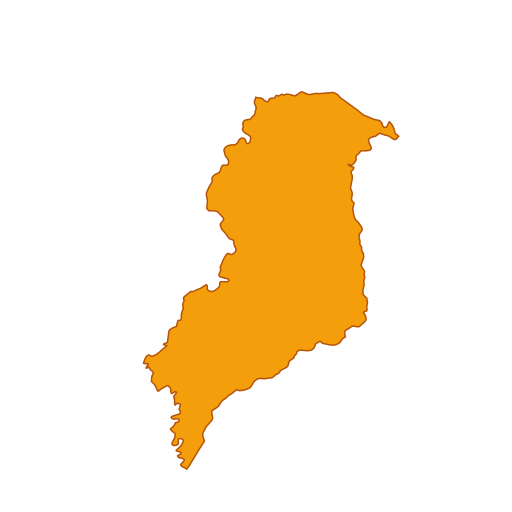 outline of Bu Dop, Bình Phước, Vietnam, rotated 142°
{"feature_id": "81297802B5857215594058", "entity_name": "Bu Dop", "entity_type": "district", "adm_level": 2, "iso_a3": "VNM", "parent_name": "Vietnam", "parent_adm1": "Bình Phước", "projection": "albers", "projection_center": [106.839, 11.984], "detail": "fine", "context": "isolated", "style": "filled", "palette": "amber", "viewbox_px": 512, "rotation_deg": 142, "n_neighbors": 0, "source": "geoboundaries", "source_scale": "gbopen_adm2", "svg_char_len": 6131}
<svg xmlns="http://www.w3.org/2000/svg" viewBox="0 0 512 512"><g transform="rotate(142 256 256)"><path d="M158.3,381.2L161.8,379.0L163.3,377.1L164.0,374.1L165.0,372.1L167.3,370.6L169.1,368.9L170.6,368.1L172.6,368.1L174.6,367.5L176.2,367.4L177.7,368.0L179.8,369.3L182.1,369.9L183.8,369.4L185.1,368.1L186.4,365.6L188.7,364.3L189.2,362.4L189.1,360.1L187.5,356.2L186.9,354.0L187.5,352.2L190.2,349.8L192.2,349.3L193.2,349.5L193.9,350.4L193.6,351.9L192.7,354.4L193.0,355.9L194.0,357.2L195.0,357.9L196.9,358.1L198.5,357.8L199.8,356.8L201.5,356.4L203.4,356.5L204.8,357.0L206.5,358.4L208.6,359.6L210.3,360.2L212.3,360.5L214.0,360.3L215.5,359.6L216.4,358.7L218.5,353.6L218.6,349.3L219.2,347.6L220.4,346.2L221.5,345.5L222.6,345.4L223.3,345.7L225.1,347.2L226.4,348.0L227.1,348.0L228.9,347.1L232.3,344.9L233.5,344.5L238.1,345.4L240.4,345.4L242.2,344.8L243.3,343.9L244.4,341.9L245.5,341.2L251.0,339.1L256.5,336.0L257.4,334.9L259.8,330.2L261.2,328.3L265.2,324.1L265.5,323.2L265.4,321.1L265.0,320.3L263.2,319.1L261.3,317.5L259.7,315.5L258.9,314.0L258.3,306.3L258.5,305.2L259.6,304.4L264.3,303.2L265.1,302.4L266.5,298.5L266.1,291.9L266.4,287.1L266.2,285.9L264.4,282.9L264.2,282.2L264.6,281.1L265.6,279.8L266.8,277.1L267.1,274.8L267.7,273.5L268.8,272.5L270.4,271.8L273.3,271.9L274.4,272.3L276.6,275.4L277.6,275.5L279.1,275.2L283.3,273.6L291.1,269.2L292.5,266.5L296.5,264.3L297.3,263.0L297.0,261.6L292.1,255.0L292.2,253.5L292.8,253.1L294.5,253.4L299.2,257.1L299.9,257.5L300.4,257.5L301.4,256.8L302.6,255.3L304.0,254.5L306.5,254.0L309.5,254.2L312.3,254.9L313.5,256.0L314.6,257.6L314.9,259.3L314.7,260.1L313.5,261.4L312.7,262.7L312.9,263.9L314.1,264.2L319.7,264.7L323.7,265.9L327.6,266.7L328.6,267.8L329.4,268.2L337.3,268.1L338.8,267.8L339.2,267.3L339.8,265.7L340.7,264.7L342.9,263.5L343.6,262.8L345.7,259.3L348.6,257.7L351.0,255.7L353.1,253.0L354.3,252.0L354.6,251.8L355.4,252.1L356.8,253.1L357.6,253.0L361.9,249.6L362.4,249.5L364.1,250.2L366.8,250.8L369.6,251.0L371.0,250.3L378.8,242.6L379.7,242.6L382.3,243.4L383.1,243.4L383.3,242.8L381.6,240.5L382.5,240.0L386.2,240.1L391.7,239.7L395.4,239.8L398.1,240.3L399.6,241.1L400.4,241.9L401.5,244.2L403.1,244.5L404.8,244.2L407.9,242.6L410.6,240.9L410.4,240.0L407.5,237.8L407.4,237.2L407.8,236.7L410.2,236.3L411.2,235.7L411.5,235.1L408.8,234.2L409.2,231.7L408.7,228.7L408.7,227.4L409.4,226.6L412.1,225.4L415.7,221.5L415.2,218.5L415.3,215.3L416.5,210.9L416.4,209.9L415.9,209.5L412.1,209.6L406.1,208.6L405.0,208.0L404.8,204.6L405.1,203.7L406.7,201.5L407.2,199.8L406.8,199.4L403.1,198.9L402.8,198.5L402.6,197.6L403.9,196.8L405.8,196.5L407.3,195.9L408.9,192.5L411.5,189.1L411.4,188.3L408.8,188.6L407.0,186.4L407.0,185.4L411.0,182.5L411.5,179.6L412.2,178.9L413.4,178.7L420.8,181.3L421.5,181.4L422.2,181.0L422.3,179.5L421.6,178.5L420.6,177.6L417.7,175.8L417.4,174.8L417.7,173.8L418.9,173.2L421.0,173.7L422.2,174.2L424.8,172.9L426.5,172.5L429.6,172.5L430.0,172.2L430.1,171.6L429.8,168.8L429.2,167.0L429.2,165.3L432.0,162.8L436.9,160.6L438.0,159.4L438.1,158.6L438.0,158.0L437.0,156.8L434.9,155.8L433.4,155.7L432.8,155.9L430.6,158.8L430.0,159.4L429.4,159.5L428.0,158.7L427.0,157.2L426.7,156.2L427.1,155.2L428.3,154.1L430.8,153.1L433.2,152.4L438.3,152.1L438.8,151.4L436.3,148.0L436.2,147.3L436.3,146.8L437.6,146.4L440.5,146.9L441.0,146.7L441.0,144.8L438.4,141.5L437.8,139.9L438.4,139.2L440.4,138.5L442.6,138.3L443.8,137.9L444.0,137.2L444.0,136.1L443.5,134.7L442.1,132.0L441.9,130.8L438.1,131.7L420.2,138.5L410.5,141.9L409.0,146.4L407.2,149.0L400.7,152.0L392.1,153.7L389.8,155.0L387.5,159.5L385.9,161.3L381.6,160.8L378.3,160.7L371.9,162.8L367.0,162.5L363.7,163.0L360.4,162.5L353.5,162.6L352.0,160.1L349.7,158.6L347.1,157.3L343.2,156.1L342.0,155.9L339.9,156.3L334.7,158.3L330.6,158.3L328.1,157.0L325.1,154.2L318.7,150.4L317.2,150.1L312.7,150.3L311.3,149.7L309.6,149.7L307.7,150.5L305.3,150.4L301.5,149.6L299.7,149.5L298.5,149.8L295.5,152.0L294.0,152.7L289.0,152.4L287.6,153.5L284.5,154.0L282.4,155.4L280.9,155.3L278.9,154.5L274.1,149.9L271.7,148.4L269.5,147.6L266.7,147.9L264.8,148.9L263.6,149.9L261.9,150.1L260.3,149.7L258.4,149.6L257.7,148.6L257.3,146.1L252.4,140.4L249.3,137.6L246.0,136.4L243.0,136.2L238.9,137.5L235.6,137.2L235.1,137.5L233.6,141.0L232.1,142.0L231.1,142.3L227.2,141.7L224.4,141.6L222.7,141.1L219.7,137.8L218.2,136.8L210.3,137.3L208.5,138.1L207.5,139.4L206.8,140.9L206.0,145.4L204.7,145.3L202.7,144.6L201.6,145.2L200.5,147.1L198.9,149.0L196.5,150.9L196.0,152.4L194.7,154.4L195.2,158.4L195.2,159.8L193.0,163.0L188.4,166.9L186.5,169.9L184.8,171.3L183.6,171.9L181.9,175.3L179.9,177.0L179.7,178.3L179.6,181.7L178.7,184.2L171.9,188.7L169.8,191.8L169.7,192.2L169.7,193.8L168.9,196.0L167.3,197.9L167.0,201.4L165.2,203.2L163.1,207.6L161.5,209.2L159.7,210.1L157.4,210.6L155.9,211.7L155.0,213.7L154.7,217.9L155.1,223.9L154.9,225.3L153.2,229.0L151.4,232.6L149.7,234.5L146.2,237.2L146.1,238.1L146.4,239.6L146.2,240.9L145.6,242.2L141.7,245.8L140.5,248.6L140.3,250.0L139.4,251.7L132.6,257.6L130.6,260.2L130.0,262.8L129.2,263.7L127.8,264.2L125.6,264.5L124.5,265.4L124.5,266.0L126.8,269.1L126.9,271.3L126.7,271.3L125.3,268.9L124.4,268.6L122.2,268.7L118.8,269.6L117.5,270.5L116.5,272.3L115.7,273.1L114.7,273.4L112.3,273.4L109.9,274.0L108.6,274.1L107.3,273.4L104.5,271.1L101.2,269.3L100.1,269.3L99.1,269.6L98.7,270.2L98.2,271.4L97.0,276.1L96.1,278.0L95.2,278.7L92.5,278.7L87.8,276.8L82.9,276.6L80.3,272.4L78.5,270.2L77.1,267.9L76.2,264.6L75.3,262.7L74.6,262.0L73.8,261.8L69.8,262.5L70.6,266.1L70.6,267.5L69.0,271.2L68.3,273.9L68.0,276.9L68.3,279.5L68.9,279.6L71.4,278.2L73.9,277.2L75.0,277.7L75.8,278.6L76.1,280.5L75.3,282.3L74.9,283.9L75.1,286.0L75.3,286.7L78.9,291.0L84.6,301.1L86.4,309.0L92.1,328.7L92.3,332.7L93.5,335.6L94.6,337.4L106.2,345.0L109.2,347.6L114.1,350.0L115.4,351.2L116.3,352.6L117.7,355.5L118.8,357.1L119.6,357.6L126.1,358.0L127.3,358.6L128.8,361.0L130.8,363.4L131.9,364.5L135.4,366.0L135.5,367.0L136.3,367.6L139.0,368.0L139.8,368.4L140.5,369.1L140.8,369.9L141.9,370.0L143.8,369.1L144.8,369.4L147.5,371.3L148.5,371.5L149.4,371.3L150.0,370.5L150.7,370.3L151.6,370.4L152.7,371.2L153.3,372.1L154.1,376.0L154.7,377.2L157.9,380.3L158.3,381.2Z" fill="#f59e0b" stroke="#b45309" stroke-width="1.5"/></g></svg>